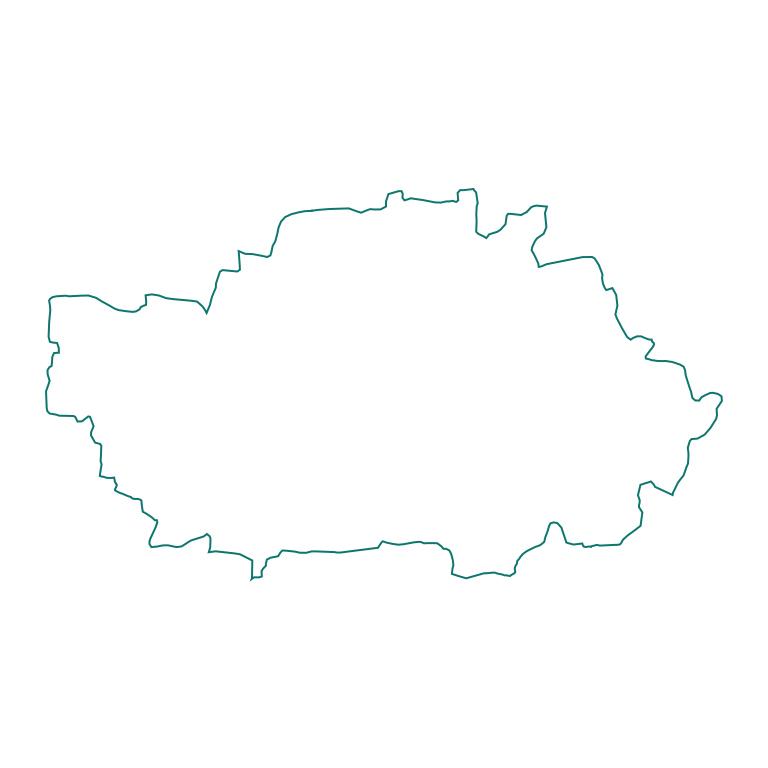 Al Ma'ra, Idlib, Syria (Natural Earth projection)
{"feature_id": "27442178B71280190344240", "entity_name": "Al Ma'ra", "entity_type": "district", "adm_level": 2, "iso_a3": "SYR", "parent_name": "Syria", "parent_adm1": "Idlib", "projection": "natural_earth1", "projection_center": [36.792, 35.566], "detail": "fine", "context": "isolated", "style": "outline", "palette": "teal", "viewbox_px": 768, "rotation_deg": 0, "n_neighbors": 0, "source": "geoboundaries", "source_scale": "gbopen_adm2", "svg_char_len": 6078}
<svg xmlns="http://www.w3.org/2000/svg" viewBox="0 0 768 768"><path d="M651.7,339.6L649.3,339.6L645.6,338.3L640.9,336.3L637.2,336.3L633.0,338.0L630.7,339.7L627.1,337.0L621.9,328.0L617.0,318.6L615.4,314.4L617.4,305.7L616.2,295.0L612.4,288.1L606.3,290.1L604.6,287.7L603.1,283.9L602.5,281.2L602.1,277.8L602.5,274.8L601.2,271.0L598.8,264.9L596.8,261.7L594.5,258.3L592.1,257.0L582.5,257.1L546.6,264.2L541.1,266.5L538.7,266.9L538.3,263.5L535.7,257.8L533.3,253.1L531.6,250.2L532.3,246.8L535.0,241.1L537.0,238.4L543.7,233.7L546.4,227.2L545.0,213.0L546.9,206.6L536.6,205.6L533.5,206.2L531.1,207.3L526.8,212.0L521.1,215.0L510.9,213.9L508.0,213.9L506.7,215.8L505.5,224.2L500.4,229.8L497.3,231.8L489.3,234.3L486.3,238.1L483.6,236.4L478.2,233.8L476.2,231.7L476.6,221.2L476.3,214.2L476.7,206.1L477.7,203.4L477.2,199.7L476.1,192.4L474.3,190.5L473.5,189.0L464.1,190.1L460.2,190.1L457.6,192.9L458.2,200.4L456.2,202.0L452.6,200.8L449.5,201.4L446.5,201.4L440.7,202.6L434.9,202.4L423.8,200.2L410.7,198.3L407.8,199.4L404.4,200.3L402.4,197.6L402.8,194.1L401.6,191.2L398.4,191.2L388.4,194.1L387.0,198.4L386.0,201.4L386.0,206.5L380.7,209.4L374.3,209.5L370.3,209.1L367.1,210.2L361.1,212.7L357.9,211.7L348.7,208.4L329.5,209.0L316.7,210.0L311.9,210.9L311.8,210.5L311.0,210.9L304.6,211.2L297.9,212.5L291.3,214.2L285.1,217.1L281.0,221.6L278.6,227.4L277.3,233.8L275.3,241.3L272.7,245.8L271.4,252.2L270.4,255.4L267.3,257.0L260.2,255.5L252.6,254.1L245.1,253.8L238.7,251.1L239.7,265.0L239.9,269.8L237.2,271.5L222.5,270.1L219.9,271.8L216.0,283.4L215.8,287.7L211.9,297.0L209.9,305.0L206.6,313.0L204.9,309.8L202.4,306.3L197.1,301.6L192.7,300.9L182.0,299.9L174.1,299.2L166.2,298.2L159.0,295.5L151.8,294.4L145.6,295.3L146.2,301.3L146.0,304.9L143.6,305.7L140.9,307.0L139.5,309.4L136.0,311.4L132.9,311.9L126.1,311.2L118.6,310.1L114.6,308.6L109.3,305.5L101.6,301.3L96.0,297.8L88.4,295.5L80.9,295.7L69.1,296.3L65.7,295.7L56.3,296.3L52.4,297.2L50.1,298.8L49.1,300.6L50.0,305.9L50.3,310.2L49.4,319.6L49.2,321.8L48.6,336.7L49.9,341.8L52.5,342.5L57.1,343.0L58.8,348.1L58.9,352.7L54.1,353.0L52.3,356.9L52.0,362.8L51.5,366.1L49.5,367.1L47.5,370.1L47.7,374.5L49.6,380.7L48.4,384.7L46.1,391.1L46.1,393.2L46.4,400.8L46.7,408.0L47.3,411.1L49.6,413.5L56.0,414.6L59.4,415.7L73.4,416.0L75.2,416.8L77.5,421.5L81.9,421.4L86.8,417.6L88.2,416.5L89.9,416.7L91.9,421.6L93.6,426.3L91.1,432.2L91.0,435.4L95.1,442.6L100.2,444.0L101.3,445.8L101.0,454.6L100.6,461.0L101.6,464.4L100.1,473.6L99.8,476.0L101.3,476.5L103.1,476.7L104.0,477.0L107.0,477.9L108.3,477.9L109.7,478.0L110.4,478.0L111.1,477.9L111.9,477.9L112.8,477.8L113.4,477.7L114.2,477.6L114.5,479.4L114.7,480.6L115.0,482.0L115.4,482.7L115.9,483.2L115.9,483.7L116.7,484.4L116.7,485.7L116.1,486.9L116.0,487.4L115.2,488.7L115.0,490.3L116.5,491.2L117.8,491.9L119.2,492.6L120.3,493.1L122.2,493.6L125.3,495.0L127.5,495.9L131.2,497.2L131.6,497.9L132.3,498.4L132.8,498.7L133.4,498.7L134.6,498.9L135.1,498.9L135.6,499.0L137.6,498.9L139.9,499.5L141.4,500.4L141.9,506.0L142.8,511.7L144.6,512.7L146.2,513.6L149.9,516.0L152.0,517.5L154.9,520.2L156.9,520.2L157.3,522.3L155.7,527.1L150.1,539.2L149.5,541.6L149.5,544.1L151.4,547.1L157.5,546.5L158.7,546.2L162.8,545.4L167.9,545.3L172.6,546.3L176.7,547.1L181.6,546.4L184.5,544.6L188.3,542.1L191.2,540.4L203.6,536.5L206.9,534.0L209.7,536.3L210.5,538.5L210.4,542.0L210.2,547.4L208.8,552.2L209.8,552.1L211.0,551.9L214.4,551.5L215.7,551.3L218.2,551.6L231.9,553.1L234.7,553.4L240.1,554.3L252.3,560.5L252.2,568.0L252.1,570.0L252.1,571.1L252.1,573.5L252.0,577.2L251.9,578.5L251.7,579.0L254.1,577.3L258.9,577.4L261.8,576.5L261.8,575.6L261.6,572.3L261.5,571.3L263.0,568.7L265.9,565.7L265.9,563.5L266.9,559.6L270.5,557.7L275.4,556.8L278.1,556.2L280.3,552.7L282.3,550.5L286.4,550.7L294.8,551.6L299.6,552.7L306.1,552.8L311.6,551.4L314.1,551.4L316.0,551.4L334.6,552.1L336.6,552.5L341.0,552.5L349.3,551.4L377.9,547.8L381.7,542.2L382.9,541.3L386.1,542.5L392.1,543.8L398.2,544.7L403.1,544.3L411.9,542.7L414.3,542.3L418.7,541.8L421.0,542.0L424.0,543.3L427.3,543.1L437.2,543.2L441.5,546.4L443.4,548.8L446.0,548.8L449.2,550.3L451.0,553.4L451.9,556.6L452.8,560.0L453.4,565.3L452.5,568.5L451.9,573.9L458.7,576.1L466.2,578.3L482.8,573.6L483.7,573.3L487.2,573.2L492.3,572.7L494.7,572.6L496.3,573.2L497.4,573.5L500.1,574.1L502.4,574.5L504.3,575.3L506.3,575.3L507.2,575.5L510.0,576.0L511.1,575.1L514.7,573.0L515.3,572.0L514.7,568.8L515.0,567.2L515.7,565.5L516.7,564.2L517.1,562.2L517.4,560.6L518.5,559.7L519.4,558.5L520.3,557.0L521.5,555.6L522.5,554.3L526.1,551.6L529.2,549.9L530.9,549.1L532.3,548.4L533.7,547.7L535.8,546.7L538.4,545.9L539.9,545.2L541.1,544.5L541.5,544.1L543.1,542.8L543.9,542.2L544.4,541.3L545.3,537.3L547.5,531.4L549.1,526.0L550.5,523.3L553.8,522.4L557.4,523.1L561.4,527.6L566.4,542.5L567.7,543.0L572.1,544.2L573.6,544.5L577.4,544.1L580.5,543.7L582.3,543.5L582.7,544.9L583.6,546.5L585.6,547.0L589.5,546.5L591.0,546.9L591.4,546.2L592.0,546.1L597.0,544.9L599.8,545.6L614.5,544.9L616.5,544.9L619.9,544.5L621.4,542.7L622.0,541.5L622.4,540.6L623.0,539.9L623.7,539.0L624.7,538.1L626.5,536.5L627.6,535.5L629.8,533.9L630.3,533.5L632.3,532.1L634.3,530.6L636.3,529.1L637.3,528.3L640.5,525.9L640.8,524.2L641.0,522.7L641.2,521.2L641.4,519.3L641.7,517.5L641.9,515.8L642.2,513.4L642.4,512.4L639.0,507.2L639.0,505.3L639.6,502.7L639.7,500.1L638.8,497.7L638.0,495.3L638.4,493.4L640.4,484.9L644.9,483.4L645.5,483.2L648.5,482.3L650.9,481.5L653.7,484.4L655.1,486.9L672.6,495.0L673.0,492.7L673.7,491.4L677.9,482.7L680.3,479.5L683.5,475.5L685.4,470.3L686.4,467.3L688.0,463.5L688.4,457.4L688.5,453.6L687.8,447.8L689.8,441.1L691.4,439.1L697.5,438.6L704.7,434.6L710.6,427.7L716.2,418.8L717.0,415.4L716.6,408.8L719.3,404.8L721.9,400.9L721.5,396.3L717.9,393.9L712.8,392.8L710.1,393.0L705.8,394.9L701.4,397.3L699.2,400.6L695.1,400.4L692.3,397.7L691.0,391.5L689.3,386.8L688.2,383.3L685.7,375.3L685.1,370.3L683.7,366.8L680.1,364.6L672.4,362.0L665.7,361.0L661.9,361.1L658.7,361.0L656.1,360.8L654.0,360.4L651.8,360.2L649.0,359.2L646.0,358.6L645.7,358.1L645.7,356.3L648.1,353.1L653.0,346.7L654.1,344.3L653.8,343.1L652.0,341.4L651.7,339.6Z" fill="none" stroke="#0f766e" stroke-width="2"/></svg>